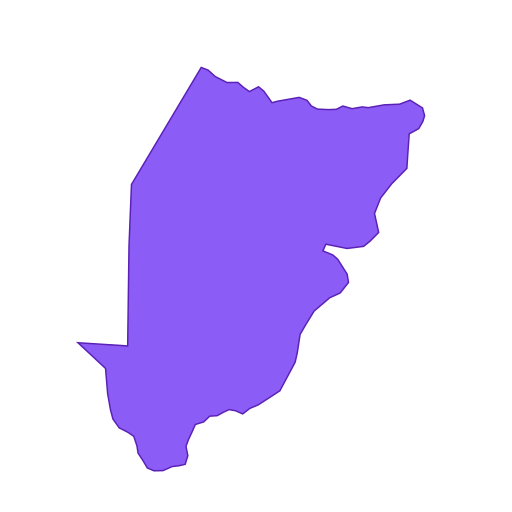 Quixaba, Pernambuco, Brazil, rotated 170°
{"feature_id": "56859067B2724242969158", "entity_name": "Quixaba", "entity_type": "district", "adm_level": 2, "iso_a3": "BRA", "parent_name": "Brazil", "parent_adm1": "Pernambuco", "projection": "natural_earth1", "projection_center": [-37.864, -7.714], "detail": "fine", "context": "isolated", "style": "filled", "palette": "violet", "viewbox_px": 512, "rotation_deg": 170, "n_neighbors": 0, "source": "geoboundaries", "source_scale": "gbopen_adm2", "svg_char_len": 1214}
<svg xmlns="http://www.w3.org/2000/svg" viewBox="0 0 512 512"><g transform="rotate(170 256 256)"><path d="M66.3,372.9L77.2,382.7L88.3,380.6L103.5,382.6L119.7,382.6L125.6,384.4L135.8,384.4L144.4,388.6L151.5,386.5L159.3,387.6L170.0,390.0L175.4,394.1L178.7,400.4L185.9,404.7L199.3,404.7L207.9,404.7L213.6,404.2L219.7,417.0L224.1,422.2L234.0,419.1L239.1,424.3L243.8,430.1L254.5,431.9L265.0,439.8L270.9,447.4L277.2,451.2L366.2,348.1L379.3,288.1L398.0,189.7L446.4,201.5L423.7,171.4L426.0,146.4L426.0,129.8L425.2,120.3L420.5,110.4L413.0,104.8L407.7,99.7L406.2,89.6L406.4,82.4L402.9,74.3L399.8,66.1L393.8,62.2L384.9,60.8L375.1,63.2L368.1,62.8L361.9,63.2L357.8,71.2L358.0,80.7L354.4,86.9L349.4,94.0L345.0,100.6L336.3,101.7L329.4,106.3L322.0,105.5L314.8,107.9L309.2,109.4L303.1,107.2L296.5,102.8L288.5,107.0L279.7,109.0L255.9,119.1L235.9,144.6L232.2,153.4L226.2,171.1L218.7,180.0L208.3,191.7L190.6,202.1L179.5,205.0L169.5,213.9L169.4,222.3L176.1,238.6L180.2,243.7L189.2,249.4L185.2,255.5L165.0,247.6L148.3,246.8L140.8,251.0L131.1,257.9L131.9,277.3L123.2,291.5L109.8,303.6L92.2,316.1L89.0,329.3L87.1,336.9L83.9,349.7L73.6,353.2L68.4,359.4L65.6,364.9L66.3,372.9Z" fill="#8b5cf6" stroke="#5b21b6" stroke-width="1.5"/></g></svg>